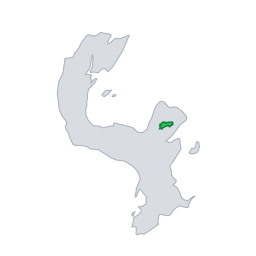 Los Pozos, Herrera, Panama (highlighted), rotated 235°
{"feature_id": "35544464B7631989916693", "entity_name": "Los Pozos", "entity_type": "district", "adm_level": 2, "iso_a3": "PAN", "parent_name": "Panama", "parent_adm1": "Herrera", "projection": "equal_earth", "projection_center": [-80.671, 7.692], "detail": "fine", "context": "in_parent", "style": "filled", "palette": "green", "viewbox_px": 256, "rotation_deg": 235, "n_neighbors": 0, "source": "geoboundaries", "source_scale": "gbopen_adm2", "svg_char_len": 4528}
<svg xmlns="http://www.w3.org/2000/svg" viewBox="0 0 256 256"><g transform="rotate(235 128 128)"><path d="M221.2,116.5L220.5,117.1L218.7,120.8L217.6,123.9L220.1,127.1L220.8,130.6L222.2,134.4L224.4,138.1L226.8,145.2L227.3,148.0L226.7,149.8L224.4,150.9L222.3,154.2L221.7,158.2L222.1,160.2L215.7,166.6L214.1,167.7L213.0,166.7L211.6,163.5L210.0,160.9L209.1,160.0L208.6,159.9L208.1,160.5L207.9,161.9L208.7,168.0L208.0,170.4L205.8,172.3L203.4,182.1L202.4,180.9L194.2,167.7L187.1,151.3L185.6,143.9L187.4,143.5L189.2,143.6L190.1,142.5L191.2,140.4L190.3,135.4L193.8,131.6L195.1,129.0L196.0,129.3L198.3,133.7L201.6,136.2L205.6,139.8L208.1,140.6L204.9,136.8L199.5,131.8L197.9,128.5L196.5,123.9L194.4,125.9L193.4,127.6L192.3,128.5L191.3,127.4L191.2,125.9L188.0,125.6L187.1,124.3L186.3,123.5L186.7,126.4L187.3,128.1L187.0,130.3L185.9,130.4L185.0,128.2L183.9,126.2L182.4,117.9L178.7,114.0L177.0,112.7L175.7,112.2L173.6,109.5L171.0,108.1L167.3,104.0L162.9,101.0L157.4,99.9L150.8,100.6L148.5,102.2L147.0,104.3L146.3,105.3L142.4,107.7L140.9,111.2L140.0,114.1L138.0,117.4L140.3,119.4L127.5,130.7L125.0,132.3L119.2,133.5L117.9,134.7L116.1,136.9L115.9,140.3L116.2,143.2L117.8,145.4L119.3,146.8L122.9,153.5L129.2,162.0L130.4,165.1L131.4,169.7L129.5,171.8L128.0,172.7L122.0,173.1L119.9,174.9L119.1,177.7L116.8,180.0L109.1,182.3L103.0,182.5L101.1,179.9L100.6,172.5L96.5,160.0L95.5,151.3L94.5,152.4L92.3,153.4L91.6,155.5L91.0,161.9L90.2,164.1L88.6,163.9L85.1,161.6L80.5,159.5L74.7,146.0L74.1,143.4L72.9,140.4L68.4,139.1L64.6,136.8L60.4,136.5L58.2,137.8L56.0,136.1L55.6,132.4L51.2,134.1L45.6,133.5L40.5,131.9L37.0,132.8L34.2,135.4L34.5,142.2L33.7,143.5L33.6,140.7L32.6,137.6L31.3,134.9L28.8,132.2L28.7,131.2L29.7,129.8L34.3,125.9L34.9,124.3L35.0,120.8L34.5,117.6L32.5,112.8L33.7,109.8L36.1,107.4L38.5,105.5L38.9,104.7L38.5,103.1L37.0,101.3L33.7,98.3L31.7,98.1L31.6,89.5L31.8,80.3L32.3,79.4L33.5,78.8L34.5,77.4L35.0,74.7L36.5,73.8L39.1,75.8L41.8,77.7L42.9,77.1L43.8,76.2L44.4,75.3L44.6,74.5L46.7,76.9L51.1,81.2L51.4,83.4L50.9,85.4L52.1,91.3L54.4,92.1L56.7,91.0L57.3,92.1L56.9,93.2L55.7,94.4L55.4,99.4L59.2,101.8L61.0,103.8L67.3,102.9L69.6,103.4L71.2,102.8L69.4,98.8L67.1,95.8L67.3,94.4L69.1,95.4L70.4,97.5L73.5,100.0L79.2,108.8L85.6,110.9L90.8,110.6L95.6,109.4L103.2,106.0L108.7,99.9L113.1,97.1L127.4,91.2L132.5,85.1L134.6,84.3L136.7,83.5L141.2,78.9L143.6,75.3L146.1,73.5L153.7,74.8L158.6,76.5L161.9,76.3L165.2,77.5L166.6,80.1L168.1,81.2L176.1,80.9L182.6,82.3L197.0,90.0L205.6,97.7L210.1,105.9L221.2,116.5ZM77.1,177.3L75.3,177.6L71.4,175.6L68.7,171.8L68.4,170.6L68.5,169.3L70.0,165.4L72.1,164.1L72.9,164.1L74.8,168.6L73.5,170.3L74.0,173.1L76.8,175.2L77.1,177.3ZM169.3,134.1L168.6,136.1L167.0,131.7L167.3,130.6L167.2,126.7L168.7,125.7L169.8,125.6L170.7,126.2L171.3,130.8L170.8,132.8L169.3,134.1ZM55.8,83.4L55.4,85.6L52.8,81.7L54.3,81.1L54.9,81.2L55.8,83.4ZM163.6,135.1L162.1,137.1L161.5,135.2L162.6,133.2L162.9,133.1L163.6,135.1Z" fill="#d9dde1" stroke="#a8b0b8" stroke-width="1"/><path d="M108.2,154.9L108.3,154.9L108.2,155.0L108.3,155.0L108.2,155.1L108.2,155.3L108.3,155.4L108.4,155.5L108.3,155.8L108.3,156.0L108.2,156.2L108.1,156.3L108.1,157.8L107.6,160.3L107.1,162.3L106.9,162.4L106.8,162.5L106.7,162.6L106.5,162.8L106.4,162.8L106.2,162.8L106.2,162.7L105.9,162.6L105.7,162.6L105.4,162.6L105.4,162.8L105.3,163.0L105.2,163.0L105.2,163.3L105.2,163.5L105.3,163.5L105.3,163.8L105.3,164.0L105.2,166.3L105.3,166.4L105.3,166.5L105.5,166.4L105.5,166.5L105.8,166.4L106.0,166.4L106.1,166.5L106.3,166.7L106.4,166.8L106.4,167.0L106.5,167.0L106.5,167.3L106.4,167.3L106.5,167.4L106.5,167.5L106.8,167.8L107.0,167.8L107.3,167.8L109.3,164.8L110.3,162.3L110.3,162.1L110.4,161.9L110.5,161.9L110.6,161.7L110.8,161.6L111.0,161.5L111.1,161.4L111.3,161.5L111.5,161.6L111.6,161.3L111.6,161.2L111.8,161.1L112.0,161.1L112.2,160.8L112.3,160.6L112.4,160.4L112.4,160.2L112.5,160.0L112.6,159.8L112.7,159.7L112.7,159.4L112.8,159.3L112.8,159.2L112.8,158.9L112.7,158.9L112.7,158.7L112.6,158.4L112.6,158.2L112.5,157.8L112.5,157.7L112.4,157.5L112.2,157.7L112.3,157.4L112.2,157.1L111.9,156.9L112.0,156.8L111.9,156.8L111.8,156.7L111.8,156.4L111.8,156.2L111.7,156.2L111.8,156.1L111.7,155.9L111.8,155.8L111.8,155.7L112.0,155.7L111.9,155.6L111.7,155.6L111.4,155.5L111.3,155.4L111.2,155.4L111.1,155.2L110.9,155.0L110.6,154.9L110.4,154.9L110.2,154.8L110.1,154.7L109.9,154.6L109.8,154.4L109.7,154.2L109.5,153.9L109.5,154.0L109.4,154.1L109.2,154.2L109.1,154.3L108.9,154.3L108.8,154.5L108.7,154.5L108.4,154.7L108.2,154.8L108.2,154.9Z" fill="#22c55e" stroke="#15803d" stroke-width="1.5"/></g></svg>